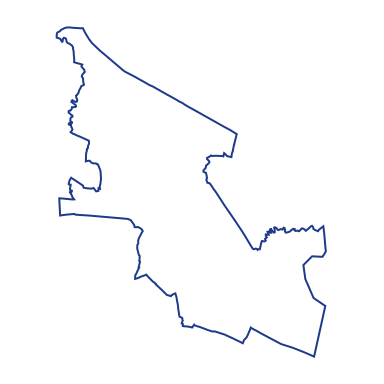 outline of Jonacatepec, Morelos, Mexico, rotated 179°
{"feature_id": "50627088B27637916408907", "entity_name": "Jonacatepec", "entity_type": "district", "adm_level": 2, "iso_a3": "MEX", "parent_name": "Mexico", "parent_adm1": "Morelos", "projection": "robinson", "projection_center": [-98.798, 18.657], "detail": "fine", "context": "isolated", "style": "outline", "palette": "blue", "viewbox_px": 384, "rotation_deg": 179, "n_neighbors": 0, "source": "geoboundaries", "source_scale": "gbopen_adm2", "svg_char_len": 5944}
<svg xmlns="http://www.w3.org/2000/svg" viewBox="0 0 384 384"><g transform="rotate(179 192 192)"><path d="M323.4,354.1L324.0,353.6L324.5,351.8L324.6,348.7L321.2,347.6L319.4,344.5L319.1,344.4L318.9,344.5L318.6,345.5L318.5,347.1L317.8,347.9L317.6,348.3L317.4,348.4L317.0,348.3L316.3,348.1L316.1,347.9L315.8,347.8L315.4,347.4L315.3,347.1L315.0,346.3L315.0,345.8L314.9,345.1L314.5,343.9L313.5,343.0L311.9,342.4L309.3,340.4L308.4,338.5L308.4,337.9L308.5,337.3L307.9,334.9L307.8,331.3L307.4,326.8L307.6,323.8L305.8,323.2L300.9,321.8L299.5,321.3L300.4,319.6L299.4,318.1L297.8,316.4L297.1,314.0L298.1,312.9L299.0,311.9L299.9,310.7L300.2,309.3L299.0,307.7L298.9,305.1L298.6,302.7L298.1,301.2L298.6,300.7L300.7,299.9L302.1,297.1L303.0,295.7L303.9,292.8L305.2,291.1L306.3,290.3L306.1,288.7L305.1,286.0L305.5,284.5L306.9,284.0L310.0,285.9L310.8,285.1L310.9,284.0L309.9,283.4L306.6,280.7L306.5,279.5L307.4,279.0L310.6,278.8L310.8,277.1L312.0,275.6L313.1,275.5L313.9,275.0L314.0,274.4L313.9,273.4L312.8,272.7L311.7,271.4L310.9,271.1L310.2,270.3L310.2,269.4L310.9,268.9L311.8,268.6L312.2,267.7L312.4,266.1L312.3,264.9L310.7,263.8L310.8,263.1L311.4,262.7L313.4,263.1L314.1,262.1L313.5,261.3L311.8,261.1L311.5,259.0L310.9,258.0L310.4,256.7L311.1,255.4L312.3,254.0L310.8,252.9L309.5,252.1L308.5,251.8L304.7,249.9L303.8,249.6L303.7,249.6L294.7,245.3L294.2,245.0L294.1,242.2L294.9,240.4L295.0,240.3L295.4,238.1L295.3,237.8L295.4,237.5L296.2,237.0L296.2,236.5L296.5,236.1L296.4,235.0L297.0,233.2L297.2,232.2L297.6,224.5L296.5,224.8L294.1,225.1L293.9,225.0L293.2,224.5L292.6,223.6L292.1,223.2L290.5,222.4L287.5,222.2L286.4,221.4L286.2,221.6L285.4,220.9L283.2,214.9L282.9,211.2L282.9,209.3L282.7,207.4L283.4,201.9L284.2,199.0L283.9,196.8L285.4,197.4L285.6,194.7L287.8,194.3L290.3,197.7L292.7,197.1L297.5,197.6L300.3,198.2L300.9,200.3L312.6,208.4L314.3,205.5L315.2,202.1L314.8,201.6L314.1,201.4L313.2,201.4L313.4,199.9L313.8,198.4L314.0,197.2L313.6,195.9L312.3,195.6L312.0,195.2L312.2,194.6L312.5,194.1L313.5,194.6L313.9,194.3L314.1,193.8L312.4,191.3L312.2,190.4L311.4,188.5L310.0,186.7L311.5,186.6L321.1,187.7L324.8,188.0L324.7,183.2L324.5,178.6L324.3,170.8L317.5,171.6L309.8,172.1L309.0,171.4L303.8,170.9L296.8,170.4L264.2,167.0L256.6,166.2L253.7,164.9L250.3,159.9L250.0,157.9L247.9,157.7L247.5,157.9L246.4,157.9L244.1,156.5L243.0,155.6L241.9,153.8L242.5,152.9L243.6,151.0L246.0,146.4L246.3,145.7L246.7,143.9L246.6,142.3L246.8,141.2L247.6,139.9L247.7,137.9L247.8,136.7L247.4,134.9L247.0,133.2L246.3,130.2L245.4,129.0L245.7,125.0L246.0,124.2L245.2,123.3L246.7,117.5L246.2,117.3L247.7,114.5L248.8,111.9L250.2,109.6L250.4,106.1L248.5,106.6L246.5,107.2L246.0,107.7L245.8,107.8L241.4,109.3L239.6,109.9L239.2,110.2L237.7,108.4L232.5,102.9L230.9,101.9L230.4,101.4L229.7,100.7L229.9,100.4L223.5,94.2L219.9,90.5L218.9,89.5L218.2,89.3L217.2,89.0L214.9,88.2L214.3,89.2L213.8,89.3L213.5,89.4L212.8,89.9L212.3,90.3L210.4,90.9L209.4,87.2L209.0,84.7L208.9,83.8L208.7,82.6L208.2,80.2L208.1,78.7L207.9,77.5L207.8,75.0L207.3,72.1L207.0,69.2L206.7,67.9L206.6,67.5L204.0,66.3L203.8,65.1L203.9,64.5L203.5,63.5L204.2,62.1L204.6,60.8L203.4,60.1L203.6,59.3L203.5,58.1L202.1,57.9L200.8,57.8L198.3,57.5L195.6,56.9L194.8,56.6L194.0,56.6L194.0,56.9L192.2,59.2L191.9,58.6L190.4,58.2L188.7,57.5L187.4,57.2L186.3,56.8L181.2,54.8L179.8,54.2L179.7,54.1L173.7,52.1L172.8,52.2L171.6,52.2L161.9,48.9L160.6,48.3L160.1,48.0L158.0,47.0L153.6,44.9L143.8,39.9L142.9,42.3L142.7,42.8L142.0,43.7L140.4,45.2L139.7,46.2L138.4,48.8L136.0,54.3L135.6,55.4L134.7,54.7L134.4,54.6L131.7,53.0L131.2,52.8L127.3,50.6L126.8,50.2L125.7,49.6L124.8,49.1L122.2,47.6L121.5,47.2L121.4,47.2L120.7,46.9L117.4,44.9L117.1,44.8L113.5,42.8L105.3,38.3L94.5,34.7L82.6,29.8L72.8,25.3L60.7,75.7L72.3,83.9L80.2,103.0L81.9,117.0L73.0,125.6L62.7,124.9L60.1,128.7L59.3,130.2L59.2,131.0L59.5,133.4L60.6,149.1L61.3,155.4L65.7,152.1L66.7,150.6L69.9,152.0L71.2,152.9L71.5,154.8L72.6,156.1L73.7,155.6L76.0,153.5L78.9,151.2L80.3,152.8L82.5,153.8L83.8,152.8L85.3,151.1L86.1,150.9L87.1,151.6L89.1,151.2L90.2,152.0L89.9,153.1L91.4,153.5L93.1,152.3L95.3,150.5L98.7,149.7L99.7,150.7L99.6,152.7L100.3,154.5L101.1,154.7L102.1,152.8L103.9,153.4L105.9,152.5L107.0,152.7L108.1,154.4L109.7,155.3L110.5,155.0L110.0,152.8L110.0,150.3L110.9,150.0L113.0,152.3L113.4,153.6L114.3,153.6L114.7,152.7L113.7,149.9L115.0,150.0L116.0,151.2L117.2,150.9L116.1,147.9L117.4,147.9L118.9,148.3L119.0,147.0L118.0,145.2L118.5,144.9L119.3,144.4L119.8,143.8L119.1,142.1L120.6,141.3L122.9,141.8L123.5,140.6L125.2,133.5L127.1,133.7L127.5,133.1L128.3,134.0L129.5,134.3L131.0,133.7L132.1,134.1L134.0,137.1L141.2,149.6L149.1,162.0L159.7,178.0L167.8,191.0L170.5,194.8L171.7,196.8L172.8,198.5L174.3,200.5L174.5,200.5L175.4,200.7L176.1,200.9L176.6,201.1L176.7,202.2L177.4,203.6L177.3,204.8L177.0,205.1L176.7,205.7L177.1,207.6L177.2,209.0L177.5,209.8L177.7,211.0L178.8,211.3L180.2,212.1L180.2,213.3L179.5,214.2L178.0,215.7L177.5,217.2L177.5,218.2L175.5,219.8L174.6,220.6L174.1,221.5L174.3,222.6L176.3,224.6L176.4,225.8L174.1,226.9L172.3,228.2L171.6,227.7L167.6,227.8L160.3,227.4L160.0,227.2L159.2,230.3L158.3,229.6L157.2,228.3L156.2,227.2L154.9,226.9L152.0,226.2L151.5,229.5L151.2,230.5L150.4,232.3L150.5,232.4L149.1,238.9L148.9,238.9L148.5,240.9L147.9,242.9L146.3,249.2L151.3,252.3L152.2,253.0L152.4,253.1L159.7,257.2L160.1,257.5L162.3,258.7L174.7,266.0L179.1,268.5L179.7,268.9L182.6,270.6L191.2,275.6L193.2,276.7L197.8,279.5L199.5,280.8L201.4,281.9L203.2,282.7L206.6,284.9L208.2,285.8L211.7,287.8L211.9,288.0L214.5,289.4L214.7,289.5L216.5,290.6L218.0,291.5L219.8,292.5L221.6,293.6L223.4,294.7L223.5,294.7L229.7,298.4L232.4,299.5L237.7,302.7L241.0,304.6L246.8,308.0L256.7,313.4L257.5,313.9L259.9,315.9L276.9,330.9L280.9,334.3L284.5,337.8L289.5,342.8L291.7,345.8L292.1,346.3L295.8,352.6L298.3,357.7L298.6,357.6L301.1,357.7L307.5,358.2L311.0,358.6L313.1,358.7L315.1,358.5L315.7,358.4L316.7,358.0L320.2,356.3L321.4,354.9L323.4,354.1Z" fill="none" stroke="#1e3a8a" stroke-width="2"/></g></svg>